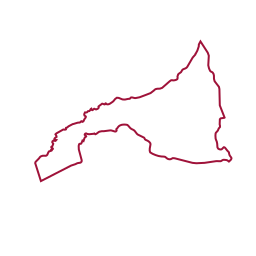 SVG path tracing the border of Extrême-Nord, rotated 253°
{"feature_id": "CMR-1462", "entity_name": "Extrême-Nord", "entity_type": "Province", "adm_level": 1, "iso_a3": "CMR", "parent_name": "Cameroon", "parent_adm1": "", "projection": "natural_earth1", "projection_center": [14.611, 11.501], "detail": "fine", "context": "isolated", "style": "outline", "palette": "rose", "viewbox_px": 256, "rotation_deg": 253, "n_neighbors": 0, "source": "natural_earth", "source_scale": "10m", "svg_char_len": 4174}
<svg xmlns="http://www.w3.org/2000/svg" viewBox="0 0 256 256"><g transform="rotate(253 128 128)"><path d="M125.0,34.1L125.8,35.1L126.3,36.1L126.4,37.1L126.4,38.4L125.5,41.2L125.5,42.0L126.0,43.0L127.7,44.4L128.7,45.5L128.7,47.9L128.8,48.4L129.0,48.7L129.3,48.8L129.7,48.6L129.7,49.2L129.8,49.8L130.1,50.1L130.6,50.0L131.6,49.1L132.0,49.0L132.4,49.2L132.5,49.5L132.5,49.9L132.7,50.3L133.6,51.0L134.0,51.4L134.8,51.9L136.4,51.4L137.3,51.8L137.7,52.8L136.9,54.9L137.5,55.9L138.3,54.4L138.6,54.2L139.1,54.4L139.6,54.9L139.9,55.5L140.1,56.1L140.4,57.1L141.4,57.2L143.2,56.8L143.8,58.0L145.5,65.7L145.3,66.1L144.9,67.0L144.8,67.5L144.8,68.2L144.9,68.3L145.1,68.3L145.5,68.8L145.4,68.5L145.7,68.4L146.0,68.6L146.3,68.8L146.3,69.0L146.2,69.7L146.3,70.0L147.0,71.6L147.9,76.3L147.8,76.9L147.8,81.2L147.7,82.0L147.4,83.0L147.4,83.8L147.5,84.3L147.8,84.5L148.0,84.9L148.1,85.5L147.9,85.9L147.5,86.0L147.2,86.3L147.4,87.2L147.7,87.6L149.0,88.7L150.2,90.3L151.0,91.0L151.6,90.9L152.5,90.1L153.5,90.0L154.5,90.5L155.5,91.5L155.3,91.9L155.1,92.6L155.0,93.3L155.3,93.9L155.7,94.4L155.8,94.8L155.6,95.3L155.5,96.0L156.1,97.0L157.0,97.9L157.2,98.6L155.7,98.8L155.5,99.1L155.6,99.7L155.9,100.4L156.1,100.7L156.3,101.3L155.9,101.9L155.4,102.4L155.1,102.9L155.2,104.5L155.6,105.5L156.2,106.0L157.2,106.1L157.5,106.8L158.8,110.4L158.5,111.0L157.7,112.0L157.4,112.6L157.5,112.8L158.0,113.4L158.1,113.9L157.9,114.1L157.5,114.2L157.2,114.2L156.5,115.6L156.4,116.8L156.6,118.0L157.5,120.9L158.0,122.0L159.5,124.2L160.2,126.2L159.5,127.9L157.0,131.0L156.5,132.2L156.1,133.4L155.8,136.6L155.5,137.6L155.5,138.3L155.7,138.8L156.0,139.1L156.2,139.4L156.3,140.0L155.9,141.1L154.7,143.1L154.4,144.1L154.0,148.0L154.4,154.4L154.8,159.8L156.3,163.8L156.8,164.7L157.1,165.8L157.0,167.4L156.3,170.0L156.4,172.4L160.5,181.5L161.0,183.0L160.9,184.0L160.3,185.1L160.0,186.7L160.0,188.2L160.3,189.4L160.7,189.7L161.2,190.0L161.8,190.2L162.4,190.3L162.9,190.4L163.3,190.7L163.6,191.0L164.6,191.6L165.1,192.6L165.9,195.0L166.7,195.9L167.4,196.6L167.9,197.4L168.1,198.6L168.2,200.2L168.5,201.5L169.1,202.5L176.5,210.5L178.5,213.8L179.3,214.3L179.3,214.5L181.8,217.0L185.3,219.5L187.2,220.2L189.6,222.6L188.6,222.9L176.6,226.3L173.5,226.4L164.5,223.1L161.3,222.9L158.8,223.2L158.3,223.4L157.7,223.8L156.8,224.8L156.2,225.2L154.7,225.6L153.0,225.5L149.9,224.6L147.4,224.5L140.7,227.0L138.5,226.8L122.8,222.4L109.7,223.4L109.6,223.2L110.1,219.4L109.5,218.4L104.6,216.7L103.7,216.7L102.1,216.3L101.0,214.6L99.3,213.2L99.1,212.9L97.7,210.6L97.0,210.1L95.2,209.4L92.3,208.7L91.2,208.7L89.0,208.9L86.9,208.7L83.5,207.9L82.7,208.0L81.9,208.2L81.0,209.1L80.6,209.8L80.3,210.6L80.3,211.3L80.5,211.9L81.3,213.3L81.6,214.0L81.3,214.6L80.6,215.1L77.2,216.4L75.9,217.1L75.1,217.4L74.1,217.2L72.1,217.2L69.5,218.1L68.8,218.1L68.2,217.7L67.7,217.3L66.6,215.2L66.4,214.7L66.9,214.4L68.1,213.4L68.7,212.5L69.6,210.3L69.7,209.5L69.6,208.8L69.2,207.5L69.2,206.7L70.5,202.8L72.3,191.0L74.3,183.1L75.8,179.5L85.4,163.8L85.7,163.0L86.1,162.1L85.7,159.7L86.0,158.4L86.6,157.3L87.4,156.5L89.5,155.1L90.1,154.1L91.0,151.6L92.3,149.0L94.1,146.4L96.1,144.0L98.2,142.1L99.9,142.1L102.0,142.8L105.7,144.7L106.8,144.9L108.0,144.5L109.2,143.8L110.1,143.0L111.6,141.3L112.3,140.9L113.7,140.7L114.1,140.5L118.9,135.4L119.9,134.8L123.1,133.6L124.3,132.9L126.2,130.9L127.4,130.1L130.1,128.9L131.1,128.3L131.7,127.2L132.3,125.7L132.7,124.1L132.9,122.8L132.8,121.2L132.5,120.0L131.9,118.9L131.1,117.9L130.8,117.5L130.6,117.0L130.4,116.6L130.0,116.4L129.1,116.4L128.8,116.3L128.3,115.5L128.3,115.0L128.5,114.4L130.5,111.4L130.9,110.4L132.0,104.0L132.6,102.0L132.8,99.9L132.8,99.5L132.7,98.8L131.7,96.1L131.6,94.9L132.6,94.2L132.5,93.5L133.4,89.0L133.7,88.3L134.0,87.9L134.1,87.5L135.1,86.3L135.1,85.6L134.8,85.0L134.2,84.6L133.7,84.8L133.0,85.3L132.3,85.6L132.0,85.3L131.6,84.0L130.8,83.2L129.7,82.5L128.6,81.7L129.2,81.3L129.4,81.2L129.4,80.8L128.8,80.5L127.2,79.1L126.8,78.7L126.7,78.1L127.0,77.2L126.8,76.5L125.3,75.6L121.9,74.7L110.9,74.3L110.0,74.1L109.3,73.6L108.8,72.6L108.8,71.9L109.1,70.0L109.1,68.8L108.9,67.7L108.8,67.4L108.7,62.6L105.7,45.9L102.7,29.2L121.6,29.0L122.6,29.7L125.0,34.1Z" fill="none" stroke="#9f1239" stroke-width="2"/></g></svg>